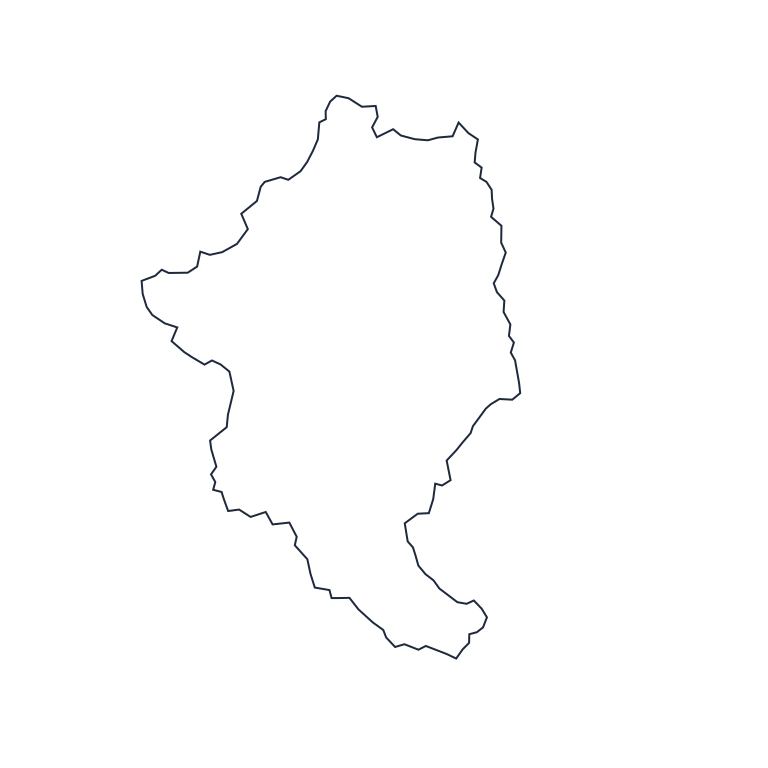 Chuvisca, Rio Grande do Sul, Brazil (Robinson projection), rotated 151°
{"feature_id": "56859067B76189475102624", "entity_name": "Chuvisca", "entity_type": "district", "adm_level": 2, "iso_a3": "BRA", "parent_name": "Brazil", "parent_adm1": "Rio Grande do Sul", "projection": "robinson", "projection_center": [-52.004, -30.767], "detail": "fine", "context": "isolated", "style": "outline", "palette": "slate", "viewbox_px": 768, "rotation_deg": 151, "n_neighbors": 0, "source": "geoboundaries", "source_scale": "gbopen_adm2", "svg_char_len": 1954}
<svg xmlns="http://www.w3.org/2000/svg" viewBox="0 0 768 768"><g transform="rotate(151 384 384)"><path d="M454.0,108.9L443.8,113.8L435.1,116.3L430.7,123.8L423.1,121.9L415.4,123.1L407.1,130.0L407.5,140.1L410.4,151.1L418.3,151.7L425.6,157.6L434.7,178.2L435.9,188.3L439.9,197.5L442.0,208.5L439.6,218.6L437.9,227.1L439.6,234.8L433.4,252.1L417.4,254.2L407.4,249.3L396.8,259.4L387.5,272.0L382.4,267.1L372.4,267.6L366.3,286.7L352.6,291.1L343.8,294.7L332.0,299.1L326.7,304.0L316.4,308.7L306.9,313.1L300.1,314.6L290.3,314.9L279.4,308.1L269.3,310.0L265.4,319.3L257.9,341.2L257.9,350.0L250.3,357.3L251.4,365.5L244.6,374.8L244.5,389.0L238.3,398.6L240.7,409.6L239.2,418.9L231.3,423.8L223.3,431.4L213.8,439.9L213.0,450.8L204.6,465.4L209.3,478.3L203.2,484.3L199.7,493.6L195.7,501.7L196.4,511.1L200.1,517.6L193.7,525.9L197.3,533.8L191.9,541.9L183.3,552.4L188.5,562.4L192.0,576.5L203.9,567.4L217.3,573.4L227.5,575.9L238.4,583.2L248.8,593.2L252.5,602.4L270.6,603.3L270.0,614.2L260.0,620.7L256.5,631.2L268.9,637.2L276.4,651.1L285.7,659.1L294.2,657.1L302.8,650.9L306.5,643.8L313.7,644.2L323.3,630.0L333.1,622.4L343.5,615.5L353.7,610.6L368.7,609.0L374.2,615.0L390.3,618.6L396.2,616.3L406.4,605.7L426.3,602.1L428.0,585.5L444.7,577.8L461.7,577.8L473.7,581.4L480.5,588.8L490.5,577.3L501.7,576.5L518.5,585.5L523.0,591.7L531.6,589.6L546.0,591.7L551.4,579.8L554.2,566.5L553.2,556.7L546.4,543.4L537.4,533.7L549.0,524.5L543.2,508.6L539.2,501.0L531.6,488.0L523.1,488.0L517.5,480.4L513.2,469.8L518.9,450.8L535.3,432.9L542.5,422.5L563.5,418.9L566.8,410.4L570.7,392.9L579.1,388.8L579.1,380.0L584.7,374.3L578.4,368.3L579.9,360.9L581.9,348.5L571.6,344.4L565.1,332.4L549.5,329.4L549.5,315.2L534.0,308.7L534.4,292.7L540.2,286.2L536.0,267.9L540.4,253.4L543.2,239.5L531.6,230.2L533.6,222.2L527.1,218.6L517.9,213.7L515.6,199.2L509.4,180.9L503.9,169.2L505.0,161.2L501.8,148.6L492.3,146.5L482.7,134.9L474.4,134.6L459.8,117.1L454.0,108.9Z" fill="none" stroke="#1e293b" stroke-width="2"/></g></svg>